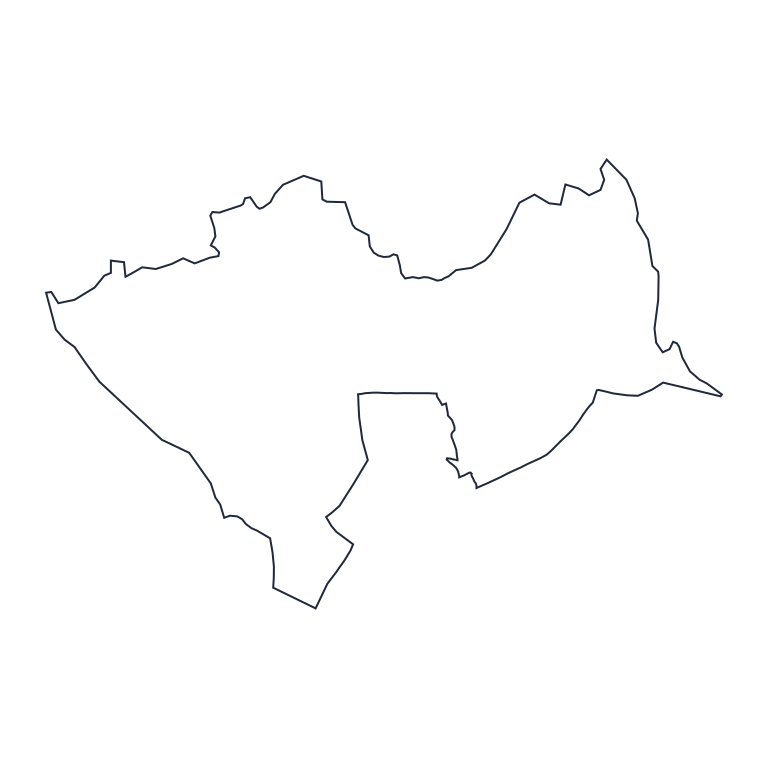 Sokoto North, Sokoto, Nigeria
{"feature_id": "59680162B91492845849591", "entity_name": "Sokoto North", "entity_type": "district", "adm_level": 2, "iso_a3": "NGA", "parent_name": "Nigeria", "parent_adm1": "Sokoto", "projection": "robinson", "projection_center": [5.234, 13.066], "detail": "fine", "context": "isolated", "style": "outline", "palette": "slate", "viewbox_px": 768, "rotation_deg": 0, "n_neighbors": 0, "source": "geoboundaries", "source_scale": "gbopen_adm2", "svg_char_len": 3021}
<svg xmlns="http://www.w3.org/2000/svg" viewBox="0 0 768 768"><path d="M490.8,254.4L484.9,260.6L471.7,267.8L456.1,270.1L448.6,276.3L444.5,278.1L441.6,279.9L437.3,280.6L432.3,278.8L428.3,277.5L424.0,277.1L418.7,278.3L417.2,277.9L412.7,277.1L405.1,278.5L401.1,273.0L399.9,265.5L397.2,255.4L393.5,254.3L391.4,255.5L389.4,256.6L383.8,257.0L378.4,255.6L373.8,252.7L369.8,246.5L368.6,235.3L355.5,228.5L352.6,224.9L345.1,202.2L326.9,201.7L322.4,199.4L321.3,181.5L303.7,175.8L283.0,184.8L274.9,193.8L270.4,202.2L262.9,207.6L259.4,208.7L256.7,206.7L250.2,197.2L245.1,198.3L243.1,203.9L240.8,205.5L223.4,211.2L219.4,212.6L212.4,212.0L210.3,215.7L214.3,228.0L215.4,236.4L210.8,245.4L214.8,247.6L219.1,252.4L218.4,256.1L209.8,257.7L194.7,263.4L183.1,258.3L171.9,263.9L155.8,269.0L142.2,267.3L132.6,272.9L125.5,276.8L124.0,262.2L110.9,260.6L110.9,272.9L104.3,275.7L94.7,287.5L74.5,299.8L58.4,303.2L51.3,292.0L46.1,292.7L55.9,329.6L64.6,339.6L74.5,347.0L86.1,363.7L99.3,381.6L161.8,439.8L189.2,452.8L210.8,483.4L215.4,497.6L220.2,504.5L224.2,517.8L230.0,515.7L237.3,516.4L242.1,519.2L246.1,524.2L251.5,528.2L256.8,530.5L270.1,538.3L272.5,552.1L273.9,566.6L273.8,577.6L273.2,587.7L315.6,608.4L327.4,583.7L336.4,571.9L339.6,567.2L344.1,561.0L350.5,550.5L353.1,544.3L336.5,532.0L331.2,525.7L326.1,517.0L331.3,513.1L339.4,506.0L353.2,484.4L367.8,460.1L362.3,439.9L361.4,433.1L359.2,417.6L358.5,404.4L358.2,395.9L358.0,394.3L362.3,393.8L364.3,393.3L366.3,393.1L372.6,392.7L378.9,392.7L386.7,393.1L390.6,393.0L396.1,393.3L405.1,393.1L416.0,393.2L428.5,393.2L434.4,393.5L436.6,393.5L436.8,395.4L437.4,397.3L439.6,400.6L441.3,403.5L442.1,404.9L446.0,403.5L447.8,413.3L447.9,415.5L452.1,420.2L453.5,423.9L454.5,427.0L454.5,430.1L452.5,432.2L451.5,434.0L451.5,436.7L453.3,441.3L454.8,445.4L456.3,450.0L456.9,455.9L457.5,459.2L457.5,460.3L455.2,459.7L453.0,459.4L451.1,458.8L447.2,458.2L446.6,459.5L449.6,462.4L453.3,465.2L456.4,468.2L458.1,471.5L458.9,474.8L459.2,476.0L459.2,477.3L464.1,475.4L468.7,472.9L469.7,472.6L470.7,472.6L471.2,473.3L471.5,473.6L471.7,473.8L471.5,474.2L471.5,475.2L471.7,475.9L472.1,476.8L472.8,477.8L473.2,478.7L473.6,479.7L474.1,480.9L474.6,481.9L475.1,482.4L475.7,483.2L476.3,485.0L476.5,486.2L476.5,487.1L476.5,488.0L489.3,482.4L500.6,477.1L507.3,473.6L518.3,468.5L520.6,467.6L522.7,466.4L527.1,464.2L540.1,458.3L546.7,454.7L551.0,450.9L560.5,441.3L569.0,433.3L572.9,429.1L575.0,426.2L578.9,421.1L583.2,414.5L587.0,409.2L589.7,405.9L592.8,402.6L596.8,390.3L598.4,389.9L604.7,391.3L613.1,393.4L627.1,395.3L637.9,395.8L651.9,389.7L663.1,382.6L720.5,396.3L721.9,394.5L706.6,383.3L699.6,379.7L690.0,371.4L682.3,357.5L679.1,346.7L676.9,343.3L673.1,341.8L669.6,349.1L662.7,352.3L656.2,342.8L654.5,328.6L658.2,300.0L658.6,276.2L658.1,271.6L652.4,266.0L648.1,239.6L636.8,220.7L637.9,213.3L634.7,198.3L626.4,179.7L606.7,159.6L600.5,169.0L604.2,179.8L600.5,189.9L589.0,195.3L578.7,188.5L565.4,184.5L560.6,204.7L549.1,203.3L534.5,194.6L519.4,202.7L506.7,228.9L490.8,254.4Z" fill="none" stroke="#1e293b" stroke-width="2"/></svg>